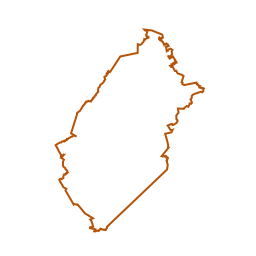 Matamata-Piako District, Waikato, New Zealand (Natural Earth projection), rotated 240°
{"feature_id": "76426892B60758051011646", "entity_name": "Matamata-Piako District", "entity_type": "district", "adm_level": 2, "iso_a3": "NZL", "parent_name": "New Zealand", "parent_adm1": "Waikato", "projection": "natural_earth1", "projection_center": [175.706, -37.685], "detail": "fine", "context": "isolated", "style": "outline", "palette": "amber", "viewbox_px": 256, "rotation_deg": 240, "n_neighbors": 0, "source": "geoboundaries", "source_scale": "gbopen_adm2", "svg_char_len": 5646}
<svg xmlns="http://www.w3.org/2000/svg" viewBox="0 0 256 256"><g transform="rotate(240 128 128)"><path d="M55.4,47.1L54.8,47.9L54.7,48.2L54.7,48.5L55.1,48.8L55.0,49.4L54.3,50.3L53.6,50.8L53.7,51.0L53.6,51.3L54.0,51.5L54.1,52.0L53.9,52.4L54.0,52.9L54.4,53.2L54.4,53.5L54.5,54.0L53.6,54.4L53.6,54.6L53.1,54.8L52.7,55.3L52.7,55.5L52.2,55.7L51.8,56.3L51.8,56.7L51.5,56.8L51.1,57.3L50.9,57.4L51.0,57.7L50.9,57.9L51.4,58.4L51.8,59.4L51.9,59.9L52.2,60.2L53.0,60.5L72.5,141.0L76.2,144.0L78.8,144.6L79.4,144.9L80.4,145.0L80.7,145.2L80.9,145.6L80.7,145.9L81.2,146.3L81.5,147.0L82.2,147.6L83.3,146.7L83.3,146.4L84.0,146.4L84.2,147.1L84.4,147.1L84.9,146.7L84.9,146.4L85.2,146.1L85.1,145.3L85.7,144.8L85.9,144.0L86.1,143.7L86.5,143.6L86.8,143.2L90.7,153.3L91.1,152.9L93.3,154.3L97.2,155.5L104.4,157.3L102.5,163.5L103.9,165.4L103.9,165.1L104.2,165.0L104.4,164.5L104.9,164.4L105.2,163.8L110.3,163.6L109.9,167.4L109.6,167.6L109.4,168.1L108.4,168.0L108.2,168.2L108.0,168.8L108.2,172.6L109.2,174.4L110.2,174.7L111.2,174.3L114.6,176.0L115.5,178.0L115.9,179.4L119.9,181.0L116.8,185.8L116.8,186.0L117.0,186.0L117.2,186.4L117.1,186.8L117.7,189.9L116.2,190.8L117.6,193.0L118.4,193.6L117.5,194.8L117.9,195.1L117.8,195.6L117.9,196.0L120.7,196.5L121.0,196.4L121.5,196.4L121.8,197.2L121.9,197.4L122.0,197.8L122.5,198.5L123.7,199.1L124.3,200.3L124.3,202.2L123.0,209.2L122.5,209.5L121.8,210.2L122.4,211.8L123.9,212.5L124.0,212.7L124.2,213.5L124.5,213.5L125.3,212.6L125.5,211.7L126.2,211.2L126.5,211.2L126.6,211.3L126.9,210.7L127.1,210.6L127.4,210.0L128.1,210.2L128.5,211.0L128.9,210.4L129.3,210.5L129.5,210.4L129.8,210.5L130.4,209.9L131.3,210.2L131.6,209.5L133.1,210.0L137.0,198.3L138.8,197.0L140.1,197.9L140.9,197.3L145.2,202.1L146.1,201.6L146.3,201.7L147.0,201.3L150.6,198.2L153.5,198.4L153.7,197.5L153.9,197.2L159.2,197.3L159.0,196.4L159.2,196.0L159.4,195.8L160.8,195.6L160.6,196.2L160.5,197.1L160.4,197.3L160.2,197.3L160.2,197.6L160.4,197.8L160.6,197.7L160.9,197.3L161.2,197.5L160.9,197.8L161.0,198.0L161.3,198.0L161.2,198.4L161.3,198.7L161.1,198.6L160.4,198.7L160.3,198.8L160.1,199.2L160.0,199.3L160.1,199.9L160.5,199.8L160.7,200.1L160.7,200.3L160.6,200.5L161.0,200.7L160.7,201.0L160.6,201.5L160.9,201.3L161.1,201.5L161.3,202.0L161.1,202.5L161.7,202.4L161.5,202.8L167.3,202.7L167.3,198.8L170.0,198.7L170.1,198.9L168.6,199.7L169.2,200.9L169.2,201.4L169.5,202.0L169.4,202.3L169.8,203.1L170.4,203.3L172.4,204.1L173.0,204.7L173.4,205.5L175.5,204.5L175.6,203.1L175.7,202.8L175.4,201.7L175.6,201.6L175.7,201.3L175.4,201.2L175.5,201.1L175.4,201.0L175.5,200.8L175.2,200.7L175.1,200.0L179.6,201.6L178.8,203.1L178.7,203.5L178.6,204.0L179.2,204.1L179.3,204.3L179.7,204.3L179.7,204.2L180.0,204.3L180.6,203.9L181.0,204.0L181.8,203.6L181.7,203.3L181.9,202.5L182.2,202.6L182.8,201.2L182.5,200.9L185.2,201.2L186.0,200.6L186.7,200.8L187.0,200.5L187.2,200.8L187.7,200.8L187.8,200.6L187.5,200.3L187.7,200.2L187.8,199.8L188.0,199.8L188.3,199.6L188.9,199.8L189.1,199.7L189.2,199.4L189.3,199.3L189.7,199.4L190.6,200.0L190.7,200.5L189.7,200.8L189.3,201.0L188.8,201.0L188.7,201.1L189.0,201.5L189.0,202.0L189.1,202.9L188.9,203.0L188.8,202.9L188.7,202.9L188.8,203.4L191.3,204.3L191.8,204.3L200.6,197.4L205.1,191.3L204.0,191.5L202.6,193.3L202.3,193.4L201.1,192.1L200.4,191.4L199.9,190.8L199.8,190.5L199.2,190.4L198.9,190.0L198.5,189.9L197.7,190.1L197.6,190.3L197.6,190.6L197.2,190.8L196.8,191.3L196.4,191.2L196.3,190.9L196.0,190.8L196.4,188.4L196.1,187.4L196.0,187.2L196.9,186.6L194.8,184.5L194.5,182.9L193.8,181.5L193.9,179.9L194.6,179.2L195.7,178.4L188.2,173.9L193.8,157.1L185.4,140.4L186.6,139.8L186.1,139.5L186.2,138.9L186.7,138.6L185.6,138.0L185.9,137.8L186.1,137.2L185.8,136.5L185.3,136.2L184.6,136.3L184.1,135.6L184.0,134.5L184.1,134.2L184.2,133.5L184.0,133.0L181.4,132.5L181.2,131.9L181.0,131.6L180.6,130.5L180.1,130.2L179.5,128.3L179.2,125.5L177.6,123.8L177.7,122.5L175.4,120.7L174.3,120.5L173.3,117.2L172.6,116.2L172.4,116.2L172.5,115.7L172.4,115.4L172.0,114.5L171.4,114.1L171.6,113.0L171.4,112.9L171.4,112.5L171.2,112.3L170.6,112.0L170.5,110.9L170.2,110.5L170.0,110.3L169.9,109.9L169.6,109.4L170.1,109.2L170.0,108.6L170.2,108.2L170.3,108.2L170.4,107.9L171.4,107.2L171.3,106.7L171.2,106.5L171.4,105.5L171.6,105.3L171.5,105.0L171.6,104.9L171.2,104.6L171.3,104.3L171.2,104.2L171.2,103.8L171.0,103.7L170.9,103.0L170.5,102.7L170.4,102.3L170.4,102.1L170.1,101.7L170.1,101.2L169.8,100.6L169.8,100.0L169.4,99.8L166.9,95.0L166.5,91.5L165.1,90.4L151.8,76.0L146.3,79.2L148.9,77.1L148.5,76.4L148.4,75.9L148.5,75.1L149.0,74.5L149.0,74.3L148.8,73.9L148.7,72.9L148.9,71.8L148.7,71.4L148.7,70.9L148.7,70.3L148.8,70.1L148.6,70.1L148.6,69.9L148.7,69.5L148.4,69.2L148.6,69.0L148.3,68.5L148.5,68.2L148.3,67.6L148.6,67.4L148.4,67.1L148.5,66.8L148.3,66.8L148.2,66.5L148.6,66.2L148.4,66.0L148.8,65.6L148.7,65.2L148.8,64.9L149.3,64.3L148.9,62.8L149.2,62.3L149.4,61.8L149.5,59.4L149.3,56.7L143.5,56.7L143.3,56.5L138.3,56.5L136.7,55.5L137.1,58.5L136.8,58.4L136.7,58.7L135.6,55.2L132.7,56.7L131.2,54.8L127.9,52.8L127.0,52.7L124.6,53.6L123.9,53.3L121.3,54.0L120.5,53.6L119.6,53.7L119.5,53.4L119.4,52.9L119.3,52.4L119.8,52.2L119.7,51.4L119.5,51.1L119.0,50.9L118.9,50.5L119.0,50.3L119.6,49.9L119.8,49.5L119.7,49.2L118.3,47.7L117.5,47.2L117.0,47.1L116.9,45.0L117.1,44.7L117.7,44.6L117.8,44.4L117.8,43.2L117.6,42.9L117.4,42.5L108.9,42.5L106.2,44.2L105.2,42.6L89.4,42.7L89.2,42.9L88.9,42.8L89.0,43.3L88.8,43.8L88.3,44.2L87.7,45.0L86.9,45.6L86.5,45.7L86.4,46.0L86.5,46.2L75.6,48.0L72.4,49.8L72.2,50.1L71.8,50.1L67.3,52.5L67.6,49.5L65.7,49.8L60.0,48.6L60.1,48.1L60.2,47.9L60.2,47.5L60.2,47.1L60.7,46.4L60.8,46.1L61.0,45.6L60.7,44.7L60.8,44.4L56.7,49.0L55.4,47.1Z" fill="none" stroke="#b45309" stroke-width="2"/></g></svg>